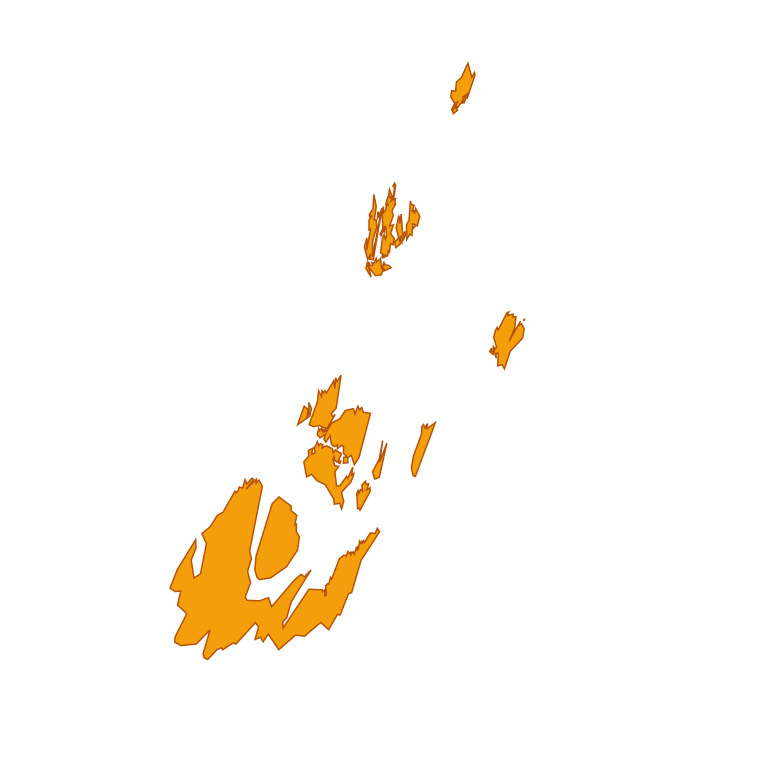 outline of Lurøy nor, Norway, rotated 116°
{"feature_id": "86288312B55953165899475", "entity_name": "Lurøy nor", "entity_type": "district", "adm_level": 2, "iso_a3": "NOR", "parent_name": "Norway", "parent_adm1": "", "projection": "equal_earth", "projection_center": [12.805, 66.444], "detail": "fine", "context": "isolated", "style": "filled", "palette": "amber", "viewbox_px": 768, "rotation_deg": 116, "n_neighbors": 0, "source": "geoboundaries", "source_scale": "gbopen_adm2", "svg_char_len": 6154}
<svg xmlns="http://www.w3.org/2000/svg" viewBox="0 0 768 768"><g transform="rotate(116 384 384)"><path d="M516.6,326.8L522.0,326.3L524.0,331.1L534.8,332.0L533.7,333.6L537.8,333.9L534.2,334.9L537.2,335.1L536.0,337.1L543.0,334.8L545.6,335.3L541.3,336.0L543.0,337.1L550.1,336.0L548.3,338.2L551.9,338.9L549.0,340.0L551.3,340.3L550.4,343.1L555.2,342.6L555.4,345.0L560.5,347.5L582.3,345.6L581.2,347.3L588.0,345.9L588.0,347.0L590.7,348.0L598.8,343.5L600.2,344.3L594.6,346.9L597.5,347.9L596.1,349.4L601.4,361.5L647.5,367.8L642.3,370.7L636.7,369.0L620.2,371.9L583.1,368.1L592.2,371.0L591.4,375.0L598.6,378.3L633.5,387.4L626.6,394.1L633.4,400.8L638.6,412.5L635.9,415.4L621.1,416.8L612.4,424.4L599.1,426.6L592.9,431.6L529.3,448.5L525.2,454.4L529.0,455.5L525.5,456.9L538.9,461.7L526.7,459.3L526.7,461.6L534.0,463.4L530.9,466.9L539.5,465.5L540.0,469.0L543.6,468.4L546.8,469.6L545.8,471.0L569.9,472.5L575.0,476.2L588.6,477.7L598.3,482.1L605.3,473.6L634.9,465.8L641.7,469.7L626.7,480.1L614.0,481.1L606.5,485.0L641.1,488.4L661.3,486.8L662.0,480.5L659.1,476.0L673.2,472.6L676.9,460.6L702.8,460.9L707.9,458.7L708.0,451.6L699.8,438.6L681.2,432.6L705.9,428.3L709.1,425.3L708.9,421.7L696.1,417.7L692.5,414.7L693.6,412.5L683.0,406.2L682.6,403.1L654.8,394.9L657.4,390.3L670.1,387.9L665.8,383.9L668.7,379.6L659.5,378.3L669.0,362.1L648.4,353.4L645.6,344.9L626.1,336.4L629.1,326.0L611.6,324.8L610.9,322.2L588.0,324.0L585.7,321.7L552.6,327.3L518.7,323.2L516.6,326.8ZM590.9,391.5L571.2,388.9L558.5,393.1L555.0,398.2L548.3,401.3L549.6,402.4L540.3,404.8L538.5,412.0L534.5,413.9L531.5,428.9L540.6,432.0L595.0,423.5L607.5,418.7L613.0,413.9L614.4,410.2L608.0,400.9L590.9,391.5ZM460.8,374.3L416.3,383.3L418.5,390.2L414.9,393.8L417.8,394.6L415.4,397.8L423.8,396.8L419.6,400.7L424.8,407.2L434.5,408.4L441.7,413.8L452.8,414.8L450.2,416.7L453.3,417.0L450.7,419.0L452.9,417.9L453.8,418.5L450.8,420.8L454.1,421.5L452.5,423.2L458.9,421.8L460.5,417.8L454.8,414.5L460.0,413.9L461.7,410.8L454.2,409.8L461.4,404.6L462.0,401.0L459.3,399.2L462.6,397.5L457.7,395.6L457.9,393.0L464.0,390.1L465.9,385.0L467.5,388.0L473.0,385.8L470.5,381.9L466.3,384.2L462.5,382.2L469.5,375.2L460.8,374.3ZM510.6,371.5L514.9,367.4L507.2,368.7L500.0,374.8L487.0,370.8L479.2,371.4L477.5,372.0L479.8,373.3L472.4,375.5L484.7,375.3L483.3,377.0L494.8,379.1L496.4,382.0L484.5,389.6L477.9,388.6L479.1,392.3L473.8,397.1L471.2,397.0L474.3,394.8L474.9,388.8L472.3,389.0L473.4,391.1L465.2,391.8L464.6,398.9L468.2,399.4L464.7,401.9L464.8,408.7L468.7,411.5L465.5,412.1L465.5,415.1L468.1,415.4L465.1,418.5L472.0,418.5L476.1,415.7L478.9,418.3L472.8,419.7L476.9,422.8L481.7,420.1L489.2,421.9L501.4,412.8L496.9,409.6L500.3,401.8L500.2,392.8L509.5,378.6L513.8,376.0L510.6,371.5ZM267.7,288.9L290.9,290.3L276.6,291.0L265.6,295.0L267.2,297.8L264.6,298.4L268.3,303.2L264.6,303.4L266.5,304.8L285.4,305.0L283.6,307.1L287.1,307.3L294.0,305.8L301.6,298.9L306.1,299.9L303.1,300.4L302.3,302.1L307.3,300.2L307.8,301.9L304.6,303.0L308.5,303.3L309.8,298.2L309.1,299.7L306.0,299.6L311.7,294.4L308.0,296.5L305.7,295.1L317.8,289.8L314.9,286.3L317.6,282.4L299.1,284.9L282.0,279.6L273.1,282.1L269.5,286.7L272.0,288.3L267.7,288.9ZM449.4,415.8L432.7,414.5L435.9,415.7L433.9,418.4L426.8,416.4L394.9,426.5L402.4,427.3L399.5,430.2L409.7,426.2L403.3,430.6L417.5,431.8L415.7,434.1L418.3,434.6L417.2,436.8L422.8,434.4L418.7,439.9L428.8,436.1L453.5,433.4L453.1,428.3L449.5,423.8L449.4,415.8ZM264.0,436.5L255.2,439.7L254.9,436.9L248.6,438.7L246.0,444.0L236.8,445.3L239.5,448.2L228.7,449.4L224.7,452.8L216.5,452.4L218.2,453.1L212.3,454.9L213.8,456.4L200.3,460.6L199.1,462.1L200.0,461.8L201.7,461.9L199.2,462.5L202.2,462.8L202.9,460.6L215.1,456.8L216.9,458.1L212.6,458.3L206.7,464.3L212.2,462.7L213.6,459.6L214.3,462.6L218.6,461.8L222.0,457.7L220.9,461.2L226.1,458.7L230.3,459.5L224.7,462.3L229.8,461.4L244.6,453.3L252.0,453.0L250.4,452.9L252.7,451.2L245.2,452.8L247.8,450.2L242.4,452.5L241.9,451.6L249.3,446.7L253.1,446.3L249.5,449.5L253.8,449.3L267.7,444.6L267.9,441.7L270.0,441.7L266.7,438.5L271.7,440.9L267.0,436.9L261.6,438.8L264.0,436.5ZM91.2,434.4L66.8,437.6L64.3,439.2L69.7,439.6L58.9,449.2L74.7,448.8L80.9,451.3L89.6,447.9L90.6,451.8L96.8,449.8L100.8,443.4L106.7,443.6L108.9,443.0L100.0,443.3L98.1,441.4L108.6,442.2L110.6,440.2L105.7,437.9L103.7,441.4L102.1,441.2L104.2,439.1L94.9,437.6L97.9,436.4L93.9,437.2L91.6,439.0L88.6,437.4L92.0,436.9L88.2,437.1L96.8,435.2L85.2,436.3L91.2,434.4ZM396.3,320.9L405.7,326.0L400.4,327.5L405.4,328.0L403.2,330.7L405.7,331.3L412.8,328.3L436.1,325.9L447.6,322.5L453.7,317.4L453.3,315.3L396.3,320.9ZM277.1,448.2L226.9,462.8L234.0,462.4L231.8,465.1L237.7,462.6L234.3,462.2L237.0,460.4L274.6,450.1L260.1,457.0L246.0,459.3L239.9,463.0L240.9,464.6L227.8,468.8L218.1,476.2L231.4,470.7L238.0,471.5L240.5,469.9L238.1,470.5L238.6,468.6L243.0,469.4L252.1,465.0L250.7,463.9L271.3,458.3L260.2,463.4L269.2,461.8L279.4,453.1L272.7,453.0L278.0,451.4L277.1,448.2ZM227.3,423.4L217.5,425.4L212.3,432.5L217.6,431.3L215.2,433.0L216.4,434.3L210.2,435.2L210.5,438.6L207.8,440.5L225.6,433.4L231.2,433.5L244.1,426.9L238.0,426.6L238.2,424.0L232.8,426.3L228.3,425.1L230.5,427.1L227.3,428.5L227.3,423.4ZM282.3,433.4L276.3,428.6L275.4,431.6L276.5,435.9L274.8,436.3L276.3,436.5L274.0,437.7L282.1,436.2L272.7,442.2L277.4,443.9L274.5,446.2L280.3,445.9L280.1,448.1L282.5,446.2L283.6,448.3L280.8,451.5L285.2,449.3L285.5,450.3L281.4,452.6L288.1,450.9L293.5,442.5L285.5,449.1L290.4,439.3L287.1,434.3L279.4,435.1L282.3,433.4ZM508.8,350.2L486.6,349.4L483.3,351.1L486.9,353.1L480.4,354.0L481.9,356.0L479.5,357.9L484.4,359.6L489.8,356.4L489.1,358.6L493.4,358.7L490.1,360.6L494.4,360.5L507.7,353.0L505.8,350.9L508.8,350.2ZM469.9,347.3L435.9,355.5L456.1,353.6L435.4,360.4L453.6,355.3L468.0,355.8L473.5,350.7L469.9,347.3ZM249.1,429.8L244.3,431.4L245.2,434.2L241.5,432.0L244.8,429.9L240.5,430.1L238.2,431.9L241.5,432.6L223.8,443.1L232.7,440.1L226.1,444.5L238.4,441.5L246.3,434.8L251.9,436.8L256.3,433.1L250.9,430.7L247.7,433.2L246.0,433.4L249.1,429.8ZM445.3,436.5L437.7,438.5L433.7,443.5L443.7,438.2L446.4,439.1L440.1,441.3L438.9,446.0L458.4,443.8L445.3,436.5ZM265.1,285.9L263.5,286.2L266.0,286.6L265.1,285.9Z" fill="#f59e0b" stroke="#b45309" stroke-width="1.5"/></g></svg>